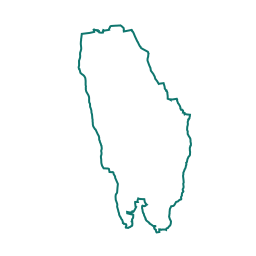 Gaiceana, Bacau, Romania (Equal Earth projection), rotated 197°
{"feature_id": "2599482B22664417708487", "entity_name": "Gaiceana", "entity_type": "district", "adm_level": 2, "iso_a3": "ROU", "parent_name": "Romania", "parent_adm1": "Bacau", "projection": "equal_earth", "projection_center": [27.202, 46.364], "detail": "fine", "context": "isolated", "style": "outline", "palette": "teal", "viewbox_px": 256, "rotation_deg": 197, "n_neighbors": 0, "source": "geoboundaries", "source_scale": "gbopen_adm2", "svg_char_len": 5559}
<svg xmlns="http://www.w3.org/2000/svg" viewBox="0 0 256 256"><g transform="rotate(197 128 128)"><path d="M72.6,158.8L75.6,158.2L75.9,158.2L77.9,158.0L78.0,157.8L78.2,158.1L78.4,158.5L78.4,158.9L79.7,158.8L79.6,159.1L80.1,159.4L80.2,159.7L80.4,159.9L80.5,160.3L80.3,160.4L80.5,160.8L81.6,161.1L81.8,161.3L82.0,161.2L82.5,160.9L83.6,161.9L83.7,162.6L84.7,164.1L85.9,165.2L86.2,165.6L87.4,166.3L88.3,167.6L89.1,168.5L89.1,168.9L89.3,169.6L89.9,170.2L93.8,168.3L95.9,167.8L95.6,167.3L96.6,167.5L98.6,167.6L99.4,170.2L100.7,173.1L100.7,173.4L101.6,174.5L102.1,175.1L102.5,174.8L103.1,175.6L103.8,176.0L104.5,176.7L104.6,177.2L105.2,178.4L107.1,181.3L110.8,179.6L111.4,179.1L111.9,179.5L113.8,181.3L114.6,181.8L115.4,182.5L116.2,182.9L116.7,183.6L117.5,185.0L118.5,185.9L119.5,187.0L122.9,189.5L124.1,192.0L125.9,194.0L128.6,197.6L129.0,198.1L129.5,199.7L129.6,200.8L129.6,202.1L130.0,204.0L130.1,205.2L130.4,205.3L130.9,206.3L131.3,206.7L137.3,207.9L138.8,208.3L139.3,208.6L139.8,209.4L140.5,209.6L141.8,210.9L144.0,213.3L144.3,213.4L148.1,217.6L150.3,220.3L151.6,221.6L152.3,221.7L152.7,222.6L153.2,222.9L155.5,221.6L160.2,219.1L160.5,219.9L160.7,220.2L160.7,220.8L161.4,222.3L164.1,223.6L165.4,223.9L166.0,223.5L166.8,223.3L168.6,222.6L169.8,222.2L174.0,220.6L174.7,219.8L174.7,219.3L174.7,218.7L174.9,218.3L175.1,217.0L175.0,216.6L174.8,216.4L175.4,216.0L177.6,215.0L179.2,214.1L179.9,214.5L180.2,214.5L180.1,213.6L180.3,213.4L180.1,212.8L179.9,212.8L179.9,211.9L181.5,211.3L183.5,211.0L184.1,211.7L184.2,212.1L185.0,211.7L185.5,211.7L185.9,212.0L185.8,212.6L186.8,212.4L187.8,212.1L189.3,212.3L189.6,211.9L189.1,211.3L188.6,210.6L188.4,210.0L192.5,207.7L199.7,204.5L199.0,200.6L198.8,199.1L198.5,198.3L198.4,197.3L198.0,195.6L197.7,194.5L196.4,191.5L195.8,189.8L195.8,188.8L195.7,187.9L195.8,186.2L195.4,184.4L194.8,183.0L194.4,181.2L194.5,178.0L193.1,173.7L193.0,172.7L193.0,171.7L192.1,170.1L191.6,170.1L191.4,169.6L190.7,168.7L189.7,166.9L188.1,166.1L186.5,165.6L185.4,165.1L184.4,164.3L183.4,163.2L182.3,160.7L181.1,156.7L180.4,155.5L180.2,154.3L179.8,153.4L179.8,152.9L178.9,151.2L178.4,150.5L175.4,147.7L174.3,146.2L173.6,144.3L173.5,143.7L172.6,141.2L171.4,140.0L170.4,137.1L169.5,136.1L168.2,134.1L167.4,132.0L166.4,130.5L164.9,126.7L164.3,125.7L163.8,124.0L163.1,122.5L162.8,121.4L162.3,120.4L161.7,119.4L161.0,118.8L159.2,117.2L158.8,117.2L158.5,117.0L155.1,113.2L153.7,111.9L152.7,110.3L152.4,109.1L152.0,108.2L151.1,107.3L150.8,106.5L149.4,104.9L148.5,103.4L148.2,103.3L147.2,101.0L147.0,100.2L147.0,98.5L146.9,98.1L146.1,96.6L145.7,95.3L145.6,93.6L145.7,93.2L145.0,91.2L144.6,90.6L143.4,87.1L143.0,86.3L141.8,84.4L139.5,82.3L135.7,83.3L134.6,83.4L134.3,83.3L134.2,83.1L132.8,80.5L130.6,81.0L130.1,81.3L129.3,81.3L128.8,80.9L128.4,80.0L128.1,79.6L126.2,77.9L125.7,76.6L121.3,71.5L120.6,67.8L119.6,63.4L119.6,62.6L120.2,60.9L120.0,59.5L119.8,58.6L118.7,55.7L116.6,52.9L116.1,52.2L115.7,51.2L115.5,49.9L115.3,49.4L113.4,46.5L112.7,45.2L111.7,43.9L111.1,42.5L110.5,41.8L110.0,41.3L109.7,40.9L109.0,40.5L108.0,39.3L107.5,38.8L106.8,38.5L105.5,36.7L105.1,35.6L104.2,35.5L104.0,35.2L103.6,35.4L103.1,35.4L102.8,35.2L101.7,35.4L101.5,35.2L101.2,34.5L101.1,34.4L101.0,34.2L101.0,33.8L101.2,32.5L100.9,32.1L98.6,32.5L98.4,32.8L98.0,33.2L97.8,33.5L97.4,33.6L97.2,33.8L97.0,34.1L96.8,34.2L96.5,34.8L95.8,35.3L95.8,35.7L95.5,36.0L95.5,36.3L95.7,36.6L95.7,37.6L96.2,38.4L96.3,39.1L96.5,39.4L97.2,39.6L97.2,40.0L96.8,40.3L97.4,41.8L97.3,42.1L96.9,43.5L97.0,44.4L97.4,45.8L97.5,46.4L98.3,46.8L99.3,46.4L103.8,46.2L104.3,47.5L101.0,47.8L100.0,48.2L100.1,48.5L99.6,48.7L99.5,49.3L99.4,49.3L99.4,49.6L98.3,49.5L97.8,51.3L97.1,54.9L97.8,55.1L99.3,58.4L99.5,59.4L97.0,60.1L97.4,60.6L97.6,61.3L97.7,61.9L97.6,63.5L97.4,63.4L95.8,63.7L95.7,63.6L91.6,64.7L90.4,62.3L89.9,61.7L88.6,60.7L87.6,60.2L88.6,59.2L88.8,58.8L88.7,58.6L89.3,58.1L90.2,57.9L91.4,58.0L91.6,57.7L91.6,57.3L91.1,55.4L90.9,55.1L90.2,54.0L89.5,52.4L89.2,52.0L88.4,50.9L88.0,50.8L87.6,50.2L87.1,49.2L84.9,46.8L84.9,46.5L84.5,45.9L84.2,45.9L83.8,45.2L83.3,44.9L83.2,44.8L80.0,43.6L80.0,43.4L79.5,43.1L79.4,42.9L77.3,42.4L75.5,41.7L74.6,41.8L73.5,42.2L73.2,42.2L73.1,41.9L73.8,41.2L74.0,40.7L73.9,40.2L72.9,39.1L72.1,39.0L71.5,38.7L71.5,38.2L70.4,36.7L70.1,36.5L67.6,37.7L68.5,40.2L67.4,40.5L67.1,40.3L66.5,40.3L66.0,40.6L65.9,40.8L62.7,41.8L61.8,41.7L62.0,42.4L61.7,43.1L61.7,43.3L60.5,44.2L60.3,45.1L59.7,46.4L59.4,46.7L59.1,47.8L59.2,49.5L59.3,49.8L59.6,51.3L61.4,53.2L62.5,54.8L62.9,55.6L62.9,56.3L63.2,57.8L63.2,58.3L63.7,59.8L63.9,61.1L64.1,61.8L64.2,62.5L64.2,63.3L63.8,65.5L63.8,65.8L62.3,66.5L61.7,66.9L61.3,67.6L61.0,68.5L60.4,71.3L60.0,71.6L59.4,72.0L58.8,72.4L57.7,74.4L56.7,74.9L56.3,75.4L56.3,75.8L56.7,76.5L56.9,77.0L57.1,77.5L56.7,79.3L57.1,80.2L57.2,81.2L57.2,82.0L56.6,83.0L56.5,83.5L56.8,84.0L57.2,84.2L57.3,84.4L57.8,85.4L57.7,85.8L57.5,86.7L57.5,87.2L57.6,87.9L58.9,90.9L58.8,92.2L59.5,94.0L60.9,97.2L61.4,98.4L61.5,99.8L62.0,101.4L61.7,104.1L61.8,104.8L61.5,105.8L61.4,105.9L61.4,106.4L61.4,107.8L61.6,109.0L61.4,109.9L61.7,110.4L61.9,111.4L62.2,111.7L61.7,112.8L62.0,115.1L62.0,116.0L61.8,117.1L61.8,117.8L61.0,119.6L60.9,120.1L60.9,120.6L61.0,120.8L61.2,121.6L61.6,123.3L62.4,124.9L62.7,126.0L63.0,126.7L63.1,127.1L63.0,127.6L63.2,128.9L62.9,129.2L62.8,129.9L63.4,131.8L64.2,133.1L64.5,134.2L65.2,135.9L66.1,136.9L67.6,138.1L68.1,138.7L69.1,139.6L69.6,141.0L69.9,142.3L70.6,143.0L71.0,143.7L71.7,146.5L71.7,148.0L71.9,149.4L72.5,150.7L72.7,151.7L72.6,153.2L72.3,154.4L72.6,154.4L72.1,155.3L72.3,156.5L72.3,157.4L72.6,158.8Z" fill="none" stroke="#0f766e" stroke-width="2"/></g></svg>